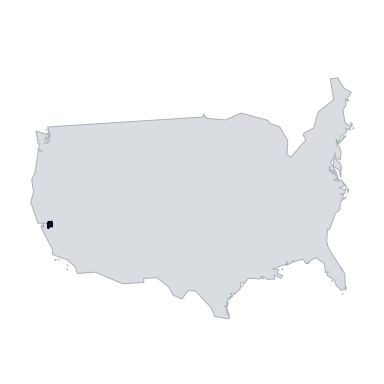 San Joaquin, California, United States of America shown in context, rotated 4°
{"feature_id": "52423323B84556352970709", "entity_name": "San Joaquin", "entity_type": "district", "adm_level": 2, "iso_a3": "USA", "parent_name": "United States of America", "parent_adm1": "California", "projection": "orthographic", "projection_center": [-121.338, 37.891], "detail": "fine", "context": "in_parent", "style": "filled", "palette": "ink", "viewbox_px": 384, "rotation_deg": 4, "n_neighbors": 0, "source": "geoboundaries", "source_scale": "gbopen_adm2", "svg_char_len": 4386}
<svg xmlns="http://www.w3.org/2000/svg" viewBox="0 0 384 384"><g transform="rotate(4 192 192)"><path d="M312.3,103.2L326.9,90.1L322.1,69.5L329.3,68.0L336.3,77.6L343.8,81.6L340.0,88.4L340.9,90.5L338.5,88.9L339.6,94.0L336.9,100.2L340.0,112.5L345.2,114.9L346.6,113.0L345.0,111.5L346.1,112.0L347.5,114.0L343.3,119.2L341.0,117.6L342.3,121.2L336.6,126.2L334.1,133.5L333.4,130.8L332.1,129.6L333.8,136.1L335.7,136.2L337.8,141.2L337.6,149.5L332.2,147.9L332.3,142.7L331.3,146.9L334.4,150.6L337.1,152.1L338.8,154.7L339.4,167.4L337.6,160.3L331.4,156.4L330.5,148.8L328.1,152.7L333.8,161.3L329.2,160.5L328.2,161.5L327.8,157.9L327.3,157.1L327.3,160.0L328.2,162.0L334.9,162.6L334.6,165.0L330.8,163.1L329.7,163.0L334.4,165.2L335.9,165.3L336.3,168.1L333.9,167.2L338.0,169.3L337.7,170.1L335.6,169.0L332.1,170.0L337.6,171.1L340.0,169.5L346.4,176.7L341.2,171.3L343.9,175.3L338.8,177.2L344.1,179.4L345.2,177.2L344.9,182.3L339.8,183.7L343.4,184.1L341.9,187.5L345.3,187.2L340.7,191.2L340.7,199.1L336.5,203.6L331.5,220.4L329.7,219.8L329.9,232.5L330.5,235.3L335.0,242.6L350.2,263.1L351.6,277.2L348.0,279.9L342.3,275.0L339.8,269.6L332.4,265.7L333.3,261.8L330.7,263.3L329.1,254.2L320.0,248.8L310.7,255.4L307.4,251.2L297.2,255.0L297.9,252.6L296.7,255.2L292.4,258.0L291.2,254.2L291.2,257.2L277.3,263.4L283.9,263.1L282.8,267.4L288.3,269.2L286.5,271.9L280.1,269.2L280.7,273.0L273.1,274.0L267.9,270.8L266.1,274.0L254.5,274.0L249.4,281.0L250.7,279.1L247.0,278.9L246.7,285.6L240.8,291.6L242.1,290.0L237.6,290.6L239.6,292.3L234.9,296.4L234.3,303.9L231.7,303.4L234.1,304.7L235.6,311.0L238.5,314.2L237.2,316.0L223.5,314.5L219.0,305.9L202.1,290.3L194.9,290.7L189.5,299.5L180.3,296.2L175.2,288.2L162.7,279.8L149.8,281.7L150.2,285.6L129.3,288.4L101.1,278.7L83.4,281.3L80.6,274.7L72.8,268.6L57.1,264.0L56.9,259.2L43.9,237.8L44.3,235.5L46.9,238.4L45.2,233.7L50.7,233.3L40.5,233.8L31.9,213.6L33.9,203.0L31.3,190.9L34.1,183.3L35.8,161.2L40.5,161.9L35.3,160.6L36.9,154.7L35.2,154.7L32.3,142.2L43.5,144.6L41.3,151.1L45.0,146.5L44.6,152.0L41.9,153.3L43.8,153.6L46.0,151.3L46.7,145.7L43.6,137.2L198.6,116.3L197.5,113.2L202.1,117.5L220.3,117.8L235.3,109.9L262.5,115.1L265.1,118.3L274.9,120.8L283.9,133.9L284.1,147.9L288.2,150.5L302.0,132.0L298.7,127.1L299.8,125.4L309.0,119.5L312.3,103.2ZM339.7,127.2L342.0,124.8L334.4,134.5L340.0,125.2L339.7,127.2ZM44.5,142.5L46.0,146.0L45.9,146.5L43.8,143.8L44.5,142.5ZM238.1,313.2L235.3,308.1L234.9,304.9L235.7,308.1L238.1,313.2ZM340.8,88.4L341.8,89.9L341.2,89.9L340.8,88.4ZM268.5,272.4L269.1,273.6L267.7,273.0L268.5,272.4ZM63.2,269.3L65.0,268.5L63.2,269.3ZM61.3,268.8L60.6,269.8L60.0,268.9L61.3,268.8ZM345.8,117.7L345.6,119.2L345.3,119.1L345.8,117.7ZM235.3,301.7L234.8,304.5L236.1,298.9L235.3,301.7ZM345.5,256.2L348.4,260.2L345.1,255.9L345.5,256.2ZM72.5,273.4L73.4,274.8L72.4,273.5L72.5,273.4ZM352.5,277.6L351.7,279.7L352.7,275.5L352.5,277.6ZM348.1,179.4L347.8,181.9L346.7,177.0L348.1,179.4ZM42.9,139.6L43.0,140.6L42.3,140.1L42.9,139.6ZM239.8,293.3L237.7,295.1L239.8,292.9L239.8,293.3ZM348.4,116.4L349.0,117.5L348.1,117.8L348.4,116.4ZM72.6,277.3L73.3,279.0L72.4,277.5L72.6,277.3ZM237.3,296.2L236.4,297.1L237.0,295.9L237.3,296.2ZM339.3,156.9L339.3,160.1L339.0,155.9L339.3,156.9ZM248.9,282.3L247.6,283.8L249.5,281.4L248.9,282.3ZM330.6,233.6L331.1,235.7L330.4,234.4L330.6,233.6ZM345.9,187.3L345.7,187.9L346.2,185.7L345.9,187.3ZM314.2,253.3L312.8,255.1L312.1,255.2L314.2,253.3ZM291.6,257.9L291.4,258.4L290.4,258.7L291.6,257.9ZM338.1,270.7L338.7,272.0L337.7,270.6L338.1,270.7ZM287.9,262.6L288.0,264.0L287.3,261.7L287.9,262.6ZM349.8,282.8L348.9,283.5L350.1,282.4L349.8,282.8ZM338.0,142.2L338.0,143.7L337.8,141.6L338.0,142.2ZM347.1,182.8L346.8,183.5L346.7,183.6L347.1,182.8Z" fill="#d9dde1" stroke="#a8b0b8" stroke-width="1"/><path d="M54.2,231.1L53.9,231.1L53.7,231.3L53.4,231.4L53.2,231.5L52.8,231.6L52.7,231.6L52.4,231.6L52.0,231.8L51.5,231.7L51.4,231.5L51.2,231.5L51.0,231.8L50.9,231.8L50.7,232.1L50.7,232.4L50.5,232.5L50.3,232.7L50.5,232.8L50.4,232.9L50.4,233.1L50.3,233.4L50.5,233.6L50.4,233.6L50.3,233.9L50.5,234.1L50.4,234.2L50.5,234.4L50.4,234.6L50.4,235.0L50.5,235.0L50.5,235.4L50.5,236.0L50.5,237.8L50.9,238.0L51.0,238.2L51.1,238.3L52.5,236.9L52.7,236.7L52.9,236.6L53.0,236.5L53.2,236.4L53.3,236.4L53.3,236.2L53.4,236.3L53.6,236.2L53.8,236.1L54.0,236.0L54.4,235.9L54.7,236.1L55.0,236.1L54.9,235.9L54.9,233.1L54.4,231.8L54.2,231.1Z" fill="#0f172a" stroke="#020617" stroke-width="1.5"/></g></svg>